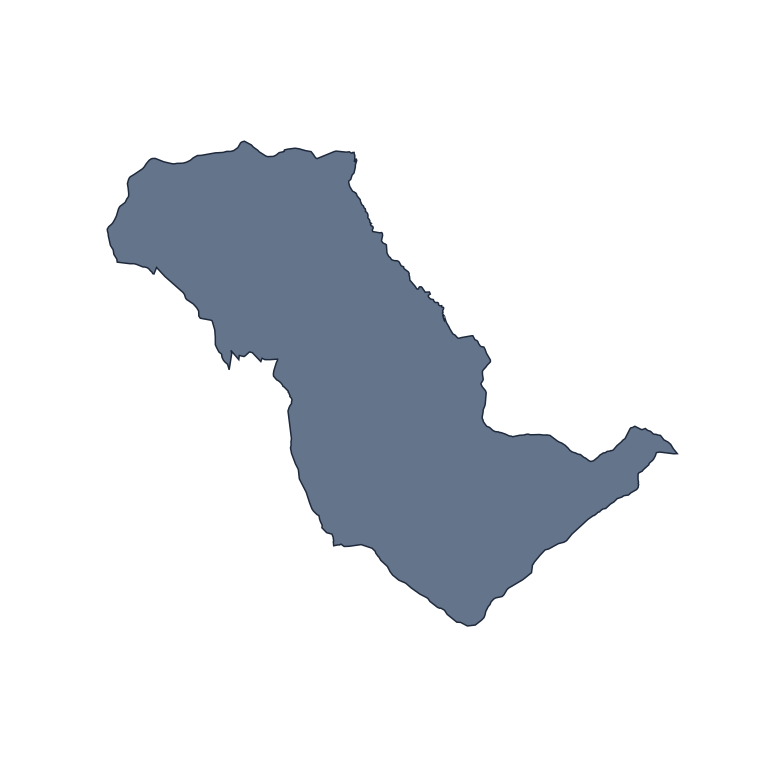 outline of Bilbor, Harghita, Romania, rotated 11°
{"feature_id": "2599482B34783893075805", "entity_name": "Bilbor", "entity_type": "district", "adm_level": 2, "iso_a3": "ROU", "parent_name": "Romania", "parent_adm1": "Harghita", "projection": "albers", "projection_center": [25.478, 47.092], "detail": "fine", "context": "isolated", "style": "filled", "palette": "slate", "viewbox_px": 768, "rotation_deg": 11, "n_neighbors": 0, "source": "geoboundaries", "source_scale": "gbopen_adm2", "svg_char_len": 6141}
<svg xmlns="http://www.w3.org/2000/svg" viewBox="0 0 768 768"><g transform="rotate(11 384 384)"><path d="M685.2,396.4L680.4,392.4L677.0,388.6L673.9,386.8L669.4,385.4L665.2,381.7L662.6,381.8L661.0,381.5L658.1,381.8L654.7,379.6L651.6,379.2L649.0,377.8L646.6,379.3L645.2,379.6L638.3,377.6L636.3,379.3L634.7,379.9L634.1,380.8L631.0,391.7L629.2,393.5L628.0,395.6L624.4,400.1L621.7,404.9L620.8,405.7L619.2,406.2L618.8,406.6L615.9,407.6L614.2,409.3L612.5,409.8L609.4,412.7L608.2,414.8L604.2,419.5L601.7,420.6L599.6,420.1L596.1,418.3L594.0,417.8L590.4,415.8L587.5,415.8L585.5,415.2L581.7,414.8L578.9,413.5L576.8,411.7L573.5,409.6L569.6,408.0L567.5,407.7L565.1,406.9L556.8,402.8L553.8,402.9L550.2,403.7L546.4,403.9L537.6,405.9L534.9,405.7L533.1,406.3L531.1,407.4L527.0,408.4L520.4,411.2L519.0,410.9L516.9,411.1L512.7,410.0L507.8,409.3L506.9,409.6L505.6,409.2L502.3,409.5L499.7,408.8L496.0,406.5L492.8,405.9L488.8,402.1L488.1,400.5L487.1,399.1L486.7,397.9L486.6,392.5L486.3,390.4L487.1,386.4L487.2,384.2L486.0,373.1L484.9,371.2L480.9,367.9L479.1,365.4L479.2,364.6L480.4,361.7L480.5,360.4L478.9,356.0L478.2,352.9L478.7,351.3L480.9,347.7L481.6,346.0L484.2,342.0L483.9,340.2L478.6,334.1L476.7,330.8L475.0,328.7L472.2,328.7L471.3,328.4L469.2,326.3L468.0,324.4L467.0,323.7L464.7,323.1L462.0,319.7L460.9,319.9L451.0,323.7L448.7,324.9L447.3,324.6L444.4,322.4L442.1,321.7L438.0,317.2L436.9,315.6L433.4,311.6L431.4,308.0L431.2,310.3L431.0,310.1L428.8,305.8L430.0,305.6L427.9,303.6L427.8,303.2L428.3,302.3L427.5,300.9L428.1,299.2L428.1,298.2L427.8,297.5L426.0,297.4L425.7,296.1L424.1,296.5L422.8,296.1L422.3,295.6L422.1,294.5L421.7,294.0L420.6,293.8L418.8,294.2L417.4,293.4L416.3,291.7L413.4,291.7L411.7,290.5L410.8,289.6L410.6,288.5L412.3,286.9L411.0,285.0L406.9,286.0L402.8,281.9L401.8,281.5L400.3,281.9L399.2,284.5L397.9,284.3L396.1,282.3L389.6,277.1L388.6,273.7L387.7,272.0L387.6,270.7L386.5,269.3L381.8,267.0L381.2,266.2L380.9,265.2L378.3,264.7L375.6,261.4L374.9,260.9L373.1,260.5L371.0,260.9L368.4,260.7L367.5,260.3L365.9,258.6L364.6,258.1L362.4,255.5L361.8,254.4L359.8,247.0L359.0,246.5L356.2,245.8L354.2,244.0L354.3,238.5L353.9,237.1L353.3,236.1L352.8,235.8L350.8,236.4L344.0,236.5L343.1,235.3L343.6,232.9L343.3,232.0L342.5,231.3L342.2,231.5L341.0,230.9L340.4,230.3L340.3,229.9L340.8,229.2L340.3,229.2L340.1,228.2L339.6,228.2L339.1,227.7L339.0,226.6L338.1,225.2L336.9,224.4L336.3,223.6L336.3,222.3L335.7,220.4L334.4,218.9L332.8,218.1L332.8,217.0L332.1,215.5L330.8,214.9L329.9,213.2L328.1,212.2L326.2,209.5L325.4,207.5L321.7,204.5L320.8,202.8L319.7,201.8L319.5,202.0L318.2,201.2L316.4,200.8L312.7,196.7L310.9,192.9L310.8,191.8L311.0,191.1L312.3,189.6L312.8,185.1L314.3,182.5L314.5,176.7L314.1,174.3L314.6,169.9L314.0,168.6L313.6,168.7L313.6,170.9L313.1,171.3L312.4,171.0L312.4,168.9L311.7,165.1L310.7,163.4L310.5,162.4L309.0,162.7L308.7,163.3L308.1,163.6L305.7,162.7L302.7,163.6L292.6,164.5L291.0,165.2L275.3,175.5L274.1,175.2L272.9,174.3L270.9,172.2L268.1,169.8L262.5,169.9L255.6,169.3L251.7,169.5L244.7,171.8L241.7,173.2L241.4,173.7L241.7,174.5L241.1,175.1L236.9,176.9L234.6,179.7L232.2,181.6L226.5,183.0L224.6,182.8L217.2,179.9L215.4,178.6L210.7,176.5L208.3,174.7L200.6,172.3L198.3,173.5L197.2,174.7L195.5,179.8L191.9,183.6L188.9,185.0L185.4,185.6L181.8,187.4L174.3,189.3L160.8,194.5L157.3,195.3L153.6,198.4L151.3,201.3L149.9,202.4L147.7,204.0L144.5,205.6L138.4,207.0L135.9,208.0L133.8,208.2L125.5,207.9L116.4,206.2L113.4,206.9L112.2,207.7L110.7,209.3L108.6,213.1L107.3,216.5L105.9,218.8L98.5,226.2L95.7,228.7L94.8,229.9L94.2,232.2L93.9,236.3L95.3,240.0L97.0,245.6L97.5,248.6L96.2,251.5L95.4,254.7L94.8,255.7L91.0,259.9L90.5,261.0L90.0,262.6L89.3,270.0L88.2,274.2L87.0,277.6L86.1,279.1L83.8,282.1L82.8,284.8L83.3,286.6L84.4,288.7L85.2,291.4L88.7,299.5L89.2,300.4L92.5,303.9L94.1,308.3L97.9,312.4L98.9,315.3L111.5,314.4L115.8,313.6L118.3,313.8L125.1,315.1L126.6,314.8L129.4,315.0L131.3,315.9L133.1,317.4L134.8,318.4L136.0,319.8L137.2,319.9L138.5,313.0L148.5,320.3L169.4,332.6L171.1,334.3L172.7,337.3L174.1,338.7L181.5,341.8L185.6,344.9L188.1,347.7L189.3,352.7L191.1,354.5L202.0,354.4L203.3,354.9L207.6,363.3L209.5,370.4L210.9,377.5L212.8,380.3L215.9,384.1L218.8,385.6L219.9,388.7L221.9,391.4L223.9,392.9L226.7,394.5L229.3,399.6L228.7,383.1L227.3,380.2L236.8,387.8L236.5,383.6L241.3,383.8L242.4,382.8L245.8,378.2L248.7,378.3L258.8,385.5L259.4,382.0L262.4,382.8L267.3,381.9L274.8,379.9L275.0,380.6L274.2,383.9L273.3,392.4L273.5,395.5L274.1,397.4L278.0,400.5L279.1,400.7L282.2,402.3L284.3,404.1L285.3,405.6L286.3,405.8L291.5,409.4L291.5,410.3L292.6,411.2L292.9,412.0L293.7,412.9L294.0,414.3L295.4,415.2L296.8,417.1L296.6,418.8L296.9,421.1L295.9,423.0L295.3,425.3L294.9,428.8L303.6,455.4L303.7,458.3L304.5,462.0L304.4,464.6L306.5,469.8L312.4,479.4L316.2,484.2L319.0,493.3L328.3,505.1L333.5,514.6L337.0,520.2L339.0,522.2L343.0,524.9L344.9,525.5L345.5,526.1L346.5,528.8L347.8,531.1L350.3,534.5L350.5,537.0L356.1,540.9L361.6,541.3L363.3,544.1L364.6,547.9L364.3,548.4L365.5,552.4L369.3,550.8L371.2,550.4L372.3,549.4L375.9,551.1L380.9,549.9L392.2,546.0L403.6,547.5L407.4,550.0L408.1,551.5L411.3,554.5L411.9,554.7L414.5,557.7L422.2,562.5L425.8,567.1L428.9,569.9L436.1,573.8L443.2,575.3L449.6,579.0L459.3,583.4L466.8,585.6L468.3,586.4L470.6,588.7L479.1,593.0L481.3,593.5L482.6,593.2L486.5,594.5L490.0,598.1L500.9,603.9L504.7,603.4L512.0,605.6L519.6,603.2L524.8,597.2L526.7,594.3L527.2,591.6L527.3,587.9L528.8,582.5L530.1,580.4L530.7,577.4L532.8,574.1L534.4,572.7L540.6,570.0L542.0,567.9L544.0,562.3L545.2,560.6L557.5,549.7L564.8,541.1L564.3,532.9L565.1,532.0L565.3,530.7L569.8,522.4L573.8,516.1L577.3,514.4L585.7,507.4L590.8,505.0L593.1,503.0L597.1,495.5L610.0,478.0L614.4,473.4L615.7,472.8L617.9,470.1L618.3,469.2L620.1,468.3L620.6,467.2L622.7,464.9L625.4,463.9L629.2,458.6L632.1,456.0L634.8,452.0L639.1,449.6L640.7,447.9L645.2,446.3L647.0,443.8L652.2,439.3L653.2,437.2L653.1,433.8L652.5,433.3L652.6,431.8L651.6,429.4L650.6,424.0L651.1,422.6L654.1,420.3L655.0,418.5L659.4,412.7L659.4,411.7L659.9,410.6L662.1,407.9L663.1,406.0L664.1,402.6L664.4,399.8L664.7,399.3L667.7,398.2L681.9,397.2L685.2,396.4Z" fill="#64748b" stroke="#1e293b" stroke-width="1.5"/></g></svg>